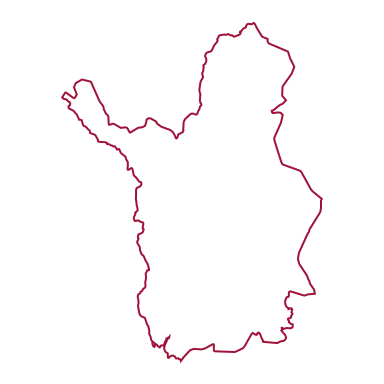 the border of Lapland
{"feature_id": "FIN-3176", "entity_name": "Lapland", "entity_type": "Province", "adm_level": 1, "iso_a3": "FIN", "parent_name": "Finland", "parent_adm1": "", "projection": "orthographic", "projection_center": [25.412, 67.834], "detail": "fine", "context": "isolated", "style": "outline", "palette": "rose", "viewbox_px": 384, "rotation_deg": 0, "n_neighbors": 0, "source": "natural_earth", "source_scale": "10m", "svg_char_len": 5980}
<svg xmlns="http://www.w3.org/2000/svg" viewBox="0 0 384 384"><path d="M253.6,23.0L254.4,23.4L255.2,24.6L256.7,27.8L261.9,36.3L262.5,36.9L267.6,38.9L267.6,41.4L268.4,42.9L269.4,43.7L287.8,51.5L288.2,52.2L290.0,58.0L294.3,66.9L291.7,73.6L282.8,86.2L282.5,87.2L282.2,94.5L282.3,95.7L282.7,96.4L286.0,100.3L282.9,103.6L279.7,105.1L273.1,110.5L271.8,110.7L272.0,112.1L272.4,112.8L272.9,113.1L278.3,112.4L280.6,112.8L282.7,114.9L281.5,120.6L280.8,123.1L274.5,137.3L274.2,138.3L274.3,139.4L274.7,141.2L281.4,162.4L282.3,164.0L283.3,164.7L299.7,170.6L300.6,171.2L301.5,172.3L310.9,189.3L312.8,191.5L321.8,198.9L321.0,200.7L321.0,207.5L320.5,211.0L320.1,212.4L309.8,228.9L309.5,229.7L309.1,231.6L307.5,234.0L299.0,252.7L297.9,259.0L299.4,264.2L307.0,275.6L308.5,279.7L309.4,281.1L309.6,282.5L310.1,283.8L313.9,289.4L314.3,290.6L314.8,293.8L307.7,294.4L305.1,295.5L303.6,295.4L290.3,291.3L289.0,292.2L288.9,292.7L288.8,295.7L288.6,296.6L288.3,296.9L286.9,297.1L285.8,298.9L285.3,300.3L285.1,302.1L285.4,304.6L286.3,306.4L287.4,307.6L288.7,308.2L288.6,309.0L290.1,308.4L291.3,308.3L291.7,308.7L291.6,309.3L292.2,309.7L291.5,312.1L291.5,312.5L292.4,313.4L292.4,314.0L291.2,315.8L291.0,317.4L289.7,318.2L288.3,318.5L287.9,319.0L288.4,320.2L289.2,321.5L288.9,322.2L290.8,323.8L292.7,324.4L292.8,326.0L292.4,327.3L291.9,327.8L290.5,328.3L286.5,328.0L283.2,329.1L282.5,328.9L282.6,328.1L282.5,327.9L281.7,327.9L281.7,328.1L282.0,330.0L281.4,330.5L285.4,335.4L286.0,337.4L285.8,338.6L284.8,340.1L283.4,340.9L280.6,341.4L277.8,342.8L276.4,343.0L263.1,341.8L263.2,340.8L262.4,339.7L261.6,338.1L260.4,334.7L258.9,332.6L257.7,332.8L256.8,334.2L257.0,334.4L256.4,334.9L255.8,334.8L252.6,333.0L251.7,333.8L244.9,345.8L242.9,348.3L235.0,352.0L214.8,351.3L214.0,350.8L213.8,349.6L213.9,344.5L212.8,344.2L205.1,348.4L201.6,349.4L193.7,348.9L190.1,350.2L184.0,356.8L180.9,361.0L180.7,360.0L180.3,359.3L179.9,359.1L179.1,359.3L178.2,358.3L176.1,358.5L174.8,356.5L173.7,355.9L172.4,355.6L171.2,355.8L170.1,356.4L168.9,357.8L168.3,357.9L168.0,357.6L167.8,356.9L167.8,353.4L165.6,352.0L165.2,351.4L164.3,349.3L164.2,347.9L164.6,346.0L165.0,344.6L166.8,340.7L167.3,339.3L168.0,338.4L168.9,338.1L169.2,337.8L169.3,336.8L168.8,337.4L167.2,338.3L166.4,338.5L166.3,340.2L165.4,341.1L164.1,344.5L163.3,345.5L161.3,345.4L160.6,345.9L160.3,346.9L159.7,347.4L158.3,346.6L157.1,344.9L155.9,344.3L154.7,343.3L155.0,344.4L155.0,345.5L154.8,346.4L154.2,346.9L153.6,346.6L153.1,345.7L152.4,343.8L152.4,341.9L151.2,339.8L150.6,336.8L149.2,333.8L149.3,331.0L148.3,326.2L147.0,324.4L145.2,318.6L144.6,317.7L141.4,316.4L140.4,315.4L139.6,314.1L138.7,310.3L138.5,308.4L138.1,306.7L138.0,305.8L138.5,303.3L138.5,302.3L138.3,299.2L137.8,297.8L137.7,296.8L138.0,295.1L138.8,294.0L140.4,293.1L140.5,291.9L142.1,290.8L142.7,290.1L142.8,289.2L145.1,287.5L145.4,286.3L145.5,285.0L145.2,282.3L145.8,279.8L145.9,278.3L146.0,276.7L145.7,274.0L145.7,273.4L146.7,271.8L147.2,270.4L148.5,270.3L149.0,270.1L149.1,269.4L148.0,265.1L147.2,263.1L145.5,260.4L143.9,256.5L143.2,255.5L141.8,254.5L141.2,253.3L140.0,250.1L139.8,247.2L137.4,243.0L137.2,241.5L138.0,240.2L138.5,238.4L138.0,238.1L137.9,237.6L138.0,236.1L138.3,234.9L138.8,234.3L142.2,232.8L143.0,231.6L143.7,229.3L142.7,228.6L142.8,226.9L143.2,224.8L143.3,223.1L142.9,222.5L140.4,221.8L138.4,220.4L135.0,221.0L134.1,219.7L133.8,217.9L134.2,216.4L134.9,215.1L135.5,213.6L135.2,212.7L137.0,211.1L137.6,210.4L137.5,208.6L137.3,207.4L136.7,205.4L136.3,201.2L136.0,200.0L135.9,199.0L136.1,194.6L136.0,191.2L136.1,189.5L136.7,188.2L137.7,187.4L139.7,186.7L140.6,185.9L141.4,184.5L141.4,183.2L140.9,182.2L139.0,181.4L136.6,178.1L133.8,175.4L132.6,169.6L131.9,168.2L131.0,168.2L128.5,169.8L127.9,169.8L127.6,169.2L127.5,168.5L127.9,165.6L127.9,165.0L127.7,164.4L127.9,162.7L127.5,161.4L126.3,159.7L126.0,159.0L125.6,157.1L125.3,156.5L121.3,153.4L120.5,152.3L119.5,149.7L118.8,149.0L117.1,149.6L115.6,147.2L114.9,146.3L113.4,146.5L112.2,145.6L111.0,145.4L109.3,144.3L107.1,144.0L107.0,143.8L107.1,143.1L107.0,142.9L105.1,142.2L98.8,141.8L97.9,140.9L97.9,139.6L97.3,138.8L96.1,136.4L95.0,134.8L90.1,133.0L89.7,130.6L88.2,129.4L85.9,126.8L83.9,126.0L83.1,125.1L82.1,122.0L81.8,120.4L81.3,119.9L79.1,119.7L78.8,118.7L78.4,118.1L77.0,114.9L73.4,110.7L69.0,108.5L68.5,107.6L68.7,106.0L69.6,105.7L70.1,104.5L70.2,103.1L69.6,102.1L68.4,101.6L66.7,99.6L63.5,98.8L62.2,97.3L65.1,92.8L65.9,92.5L73.2,97.8L74.2,98.2L75.0,97.7L76.8,94.5L74.0,87.3L75.5,83.7L76.0,83.0L82.0,79.5L90.5,81.6L91.1,82.2L99.7,101.6L103.1,106.0L103.5,107.0L103.7,108.9L104.0,109.6L105.9,113.6L108.0,115.5L108.3,116.3L108.7,123.2L108.9,124.6L109.5,124.8L112.6,123.8L113.4,123.8L114.1,124.0L120.9,127.9L125.5,127.3L126.9,127.8L127.6,128.6L129.6,132.3L130.2,132.6L138.1,127.8L142.5,127.2L145.1,125.8L146.0,122.8L146.7,119.5L148.5,118.3L150.5,118.3L156.0,121.5L156.8,123.1L157.4,123.9L161.3,126.7L170.3,130.0L172.8,132.1L174.8,135.4L175.7,137.7L176.2,138.4L176.9,138.2L177.5,137.2L178.2,134.6L179.0,133.9L179.7,133.9L181.4,132.7L182.7,132.2L183.1,131.5L183.5,129.9L183.1,129.3L183.2,128.8L183.4,127.8L183.5,124.3L183.6,122.7L184.0,121.2L185.1,119.1L190.1,114.4L191.4,113.7L192.7,113.5L195.9,114.6L196.6,114.5L197.3,113.8L198.4,110.6L199.3,109.3L199.6,108.6L199.7,107.6L200.0,106.6L201.1,105.5L201.4,104.5L201.3,104.0L200.3,102.7L200.3,101.7L199.9,100.6L199.8,100.1L200.1,98.8L200.1,96.4L200.4,95.4L200.4,94.9L199.4,90.6L199.5,88.6L200.4,82.6L200.7,81.5L203.1,77.1L202.1,73.6L202.8,71.9L203.3,70.8L203.3,69.0L203.4,68.1L203.8,67.3L203.3,65.9L203.6,65.0L205.2,63.8L205.8,62.5L206.3,60.9L206.3,59.1L205.7,57.4L205.2,56.7L205.1,56.0L205.6,54.3L206.2,53.2L206.9,52.6L211.3,51.2L213.0,47.9L214.3,45.2L216.9,42.1L217.6,40.5L217.2,39.2L218.4,37.3L218.9,35.8L219.7,35.3L224.2,34.5L225.8,34.9L228.2,34.1L229.0,34.4L230.5,35.4L231.9,35.2L233.9,36.6L234.4,36.7L239.7,34.5L240.7,33.0L240.0,32.2L240.2,31.5L241.4,31.1L243.0,28.8L246.0,27.2L246.1,25.9L247.1,24.3L248.5,23.8L251.7,24.3L253.6,23.0Z" fill="none" stroke="#9f1239" stroke-width="2"/></svg>